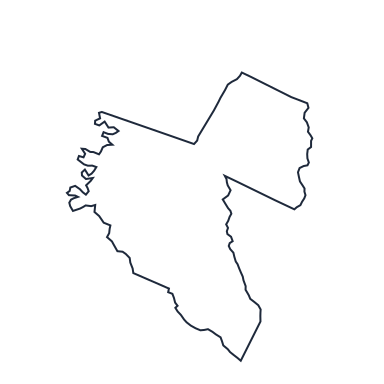 outline of Juranda, Paraná, Brazil, rotated 116°
{"feature_id": "56859067B47517937366548", "entity_name": "Juranda", "entity_type": "district", "adm_level": 2, "iso_a3": "BRA", "parent_name": "Brazil", "parent_adm1": "Paraná", "projection": "robinson", "projection_center": [-52.824, -24.406], "detail": "fine", "context": "isolated", "style": "outline", "palette": "slate", "viewbox_px": 384, "rotation_deg": 116, "n_neighbors": 0, "source": "geoboundaries", "source_scale": "gbopen_adm2", "svg_char_len": 2515}
<svg xmlns="http://www.w3.org/2000/svg" viewBox="0 0 384 384"><g transform="rotate(116 192 192)"><path d="M162.7,92.4L159.8,91.2L156.3,88.8L152.6,88.8L148.6,88.3L145.1,88.6L142.4,91.1L139.5,92.4L137.6,95.5L135.2,99.6L131.2,102.8L127.8,105.4L123.3,105.8L119.7,103.0L117.4,99.9L114.3,99.9L111.2,103.0L107.4,105.1L103.1,106.6L99.4,104.7L93.8,107.4L91.0,107.4L89.0,110.4L87.0,114.2L82.8,115.4L79.0,119.3L76.8,123.7L71.4,125.5L65.3,124.2L61.7,127.3L63.2,144.5L62.8,180.4L62.7,189.4L62.8,199.6L66.5,199.8L70.9,201.1L75.6,204.6L79.8,206.9L85.8,207.0L94.9,207.7L99.3,207.7L109.2,208.1L139.4,210.8L143.5,209.9L148.0,211.2L151.2,238.2L155.9,277.4L159.6,308.1L161.6,310.3L166.1,306.9L170.3,310.3L173.3,309.1L172.8,304.5L167.0,301.4L170.7,295.3L168.1,290.7L169.4,284.8L172.3,286.4L174.9,288.6L176.6,292.9L177.0,297.7L181.0,297.4L180.4,291.7L183.2,288.8L184.4,284.3L187.0,288.9L190.9,291.8L195.5,291.6L198.9,292.1L199.3,298.1L200.6,301.0L200.1,306.7L201.4,310.0L204.5,304.8L208.4,304.7L209.2,309.4L212.9,309.0L214.5,301.2L214.0,297.1L212.0,293.2L211.5,288.9L215.7,289.3L219.5,290.3L222.5,292.2L218.8,298.1L222.8,299.6L225.4,298.1L226.8,293.0L222.9,287.3L226.4,287.9L232.4,290.1L234.2,287.6L236.6,285.2L240.9,286.2L240.1,290.1L238.6,294.0L237.7,299.7L241.3,303.3L244.7,302.4L247.6,304.0L248.8,301.2L246.4,295.5L246.4,292.4L249.4,295.5L251.9,297.4L255.4,297.6L258.1,295.3L261.2,290.7L255.9,285.3L253.2,283.3L250.7,281.7L248.9,276.4L246.1,273.3L252.7,270.9L254.3,264.9L258.3,257.9L257.8,250.7L261.1,249.9L265.3,248.4L269.8,248.6L271.5,242.3L273.5,239.5L277.9,233.1L276.1,228.2L276.7,224.4L278.6,219.1L282.5,216.5L286.8,211.8L290.6,209.2L288.9,170.4L292.5,169.5L292.1,165.0L295.1,161.8L298.8,158.7L300.6,155.1L303.4,156.2L305.7,152.5L307.4,148.0L310.1,143.2L311.5,139.7L312.6,134.5L312.9,129.0L312.6,123.8L310.6,120.5L308.3,117.5L308.7,112.3L309.5,108.2L310.1,102.6L313.0,99.6L316.2,96.6L317.6,90.9L319.2,87.6L320.2,83.2L321.2,78.3L322.3,74.2L278.4,73.7L273.5,76.2L270.2,77.7L267.5,78.8L264.7,82.8L263.5,87.9L262.5,92.8L260.0,95.6L258.1,98.4L256.4,101.0L253.1,102.5L248.8,107.0L245.8,109.3L242.8,112.9L239.9,116.2L236.9,119.4L235.3,122.2L231.6,125.6L228.4,128.2L226.6,132.6L224.4,135.3L221.4,135.7L218.4,133.9L215.1,137.3L214.3,141.7L212.0,143.5L208.5,143.9L206.1,147.1L202.1,146.8L197.9,147.3L194.3,147.1L192.1,149.2L190.7,152.5L188.1,156.6L185.2,161.1L179.3,158.0L173.5,158.1L170.4,162.8L168.0,164.9L165.2,166.7L163.1,169.6L163.0,154.9L163.0,121.8L163.0,113.7L162.7,92.4Z" fill="none" stroke="#1e293b" stroke-width="2"/></g></svg>